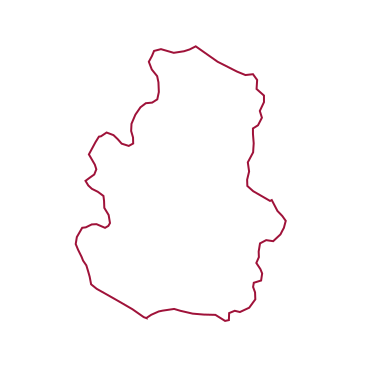 Ljungby, Kronoberg, Sweden, rotated 120°
{"feature_id": "70781695B43314679953791", "entity_name": "Ljungby", "entity_type": "district", "adm_level": 2, "iso_a3": "SWE", "parent_name": "Sweden", "parent_adm1": "Kronoberg", "projection": "mercator", "projection_center": [13.859, 56.853], "detail": "fine", "context": "isolated", "style": "outline", "palette": "rose", "viewbox_px": 384, "rotation_deg": 120, "n_neighbors": 0, "source": "geoboundaries", "source_scale": "gbopen_adm2", "svg_char_len": 1593}
<svg xmlns="http://www.w3.org/2000/svg" viewBox="0 0 384 384"><g transform="rotate(120 192 192)"><path d="M64.0,190.8L62.4,191.6L59.5,198.1L64.0,204.2L65.2,213.1L66.4,234.9L64.0,261.6L69.7,265.3L74.1,269.3L80.6,277.4L83.8,290.3L88.8,295.4L94.2,294.7L100.8,294.5L106.0,288.1L109.1,280.1L113.8,275.9L122.0,270.7L129.1,268.4L134.5,271.2L138.2,276.4L144.4,279.0L153.3,279.7L163.2,278.5L169.6,275.2L174.3,270.3L179.4,267.2L183.7,269.8L185.3,277.1L183.4,282.7L182.0,288.4L183.2,295.7L189.3,298.7L190.6,300.3L197.0,300.5L211.0,300.1L216.9,289.8L220.2,286.2L225.7,285.4L230.5,287.6L235.6,289.8L238.2,285.1L239.3,280.3L238.9,273.7L239.7,266.7L243.7,263.7L249.6,260.0L253.6,252.7L259.9,247.5L263.2,247.5L266.5,249.4L267.6,258.6L270.2,262.6L275.7,266.3L277.9,269.2L288.6,269.2L295.2,266.7L298.9,261.9L303.3,255.3L305.9,252.0L308.4,246.8L312.9,242.0L316.5,238.3L322.4,233.2L323.5,226.2L323.5,225.3L323.3,205.5L323.3,185.0L324.5,171.2L324.0,168.4L323.9,168.5L318.7,165.9L312.1,161.1L309.5,158.2L302.2,149.0L300.7,142.7L297.0,130.6L292.3,120.6L286.7,110.3L287.1,98.9L284.5,96.0L278.3,99.3L273.5,95.6L272.0,90.5L263.6,84.6L253.3,83.5L247.4,87.2L243.7,91.6L239.7,93.1L234.1,87.9L227.5,90.5L224.6,94.2L221.3,100.8L215.0,101.5L210.2,104.5L202.5,107.4L196.6,103.7L194.0,97.1L184.5,94.2L180.5,94.4L177.1,94.5L170.1,96.4L167.6,101.9L165.7,108.5L159.1,118.9L160.7,120.0L160.7,139.4L159.1,147.1L153.8,150.4L145.7,152.8L138.4,158.5L127.1,158.9L119.0,162.9L111.3,168.2L106.5,171.0L101.2,168.2L92.7,168.6L87.9,173.8L78.2,174.6L72.5,177.9L70.5,187.6L64.0,190.8Z" fill="none" stroke="#9f1239" stroke-width="2"/></g></svg>